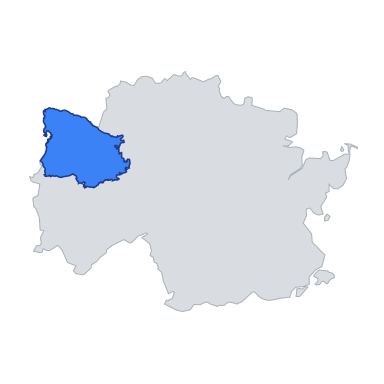 where Baden-Württemberg sits in Germany, rotated 93°
{"feature_id": "DEU-1573", "entity_name": "Baden-Württemberg", "entity_type": "State", "adm_level": 1, "iso_a3": "DEU", "parent_name": "Germany", "parent_adm1": "", "projection": "mercator", "projection_center": [9.433, 48.664], "detail": "fine", "context": "in_parent", "style": "filled", "palette": "blue", "viewbox_px": 384, "rotation_deg": 93, "n_neighbors": 0, "source": "natural_earth", "source_scale": "10m", "svg_char_len": 9521}
<svg xmlns="http://www.w3.org/2000/svg" viewBox="0 0 384 384"><g transform="rotate(93 192 192)"><path d="M168.1,345.4L159.2,339.7L151.3,340.3L150.0,338.5L147.3,338.6L143.2,335.6L139.6,337.4L138.8,339.1L139.0,340.0L142.7,340.2L143.1,341.0L139.5,342.8L133.4,342.2L126.3,343.9L120.3,343.6L116.8,342.2L115.9,339.6L116.1,335.7L117.6,330.6L118.0,326.8L117.3,324.4L118.2,320.7L120.5,315.9L124.0,301.9L131.9,291.9L131.7,288.4L118.0,284.9L115.8,283.9L113.8,281.3L103.0,282.9L102.1,280.2L99.2,279.1L96.2,281.2L95.1,281.0L90.9,274.6L89.8,271.6L87.8,269.6L84.9,269.2L85.8,263.3L88.5,258.9L88.6,255.3L82.6,252.3L79.5,248.1L78.7,243.2L80.4,237.6L85.4,234.2L84.8,228.6L80.5,225.7L80.3,224.7L82.0,222.6L75.7,216.3L77.1,209.9L76.0,208.0L73.1,206.6L72.1,204.7L74.3,204.2L79.3,199.8L79.4,199.1L78.0,198.4L77.8,196.6L81.1,187.1L80.9,185.5L78.2,180.8L78.2,179.2L74.5,173.9L74.5,172.2L80.2,168.9L85.2,171.3L87.0,169.9L89.4,170.1L95.3,167.7L96.9,164.7L94.6,162.3L94.8,160.5L101.4,155.1L102.5,152.5L102.9,147.6L102.1,146.0L101.2,144.9L95.5,144.0L94.0,141.2L94.5,137.4L95.4,136.7L102.4,136.7L105.1,125.8L106.7,122.3L107.2,108.5L103.4,104.4L104.8,96.5L107.4,92.2L109.5,91.0L118.5,90.3L128.4,90.6L132.6,97.1L131.0,100.4L133.5,102.0L134.6,101.4L136.1,95.3L136.9,94.3L141.1,98.4L141.2,103.6L142.3,96.5L141.5,91.5L142.0,86.6L144.4,82.4L151.7,84.2L159.8,83.3L162.8,85.1L169.7,94.6L174.9,96.6L170.9,94.6L162.5,83.1L153.8,80.1L151.9,76.8L151.9,65.2L148.6,62.9L145.1,63.7L144.6,61.0L145.2,59.1L153.1,55.9L153.3,52.7L146.1,41.2L145.8,36.2L151.8,36.5L159.2,38.8L161.1,40.5L170.5,38.4L177.7,41.8L181.1,46.6L181.3,50.8L177.1,55.7L184.3,55.0L186.1,58.6L190.0,57.2L199.7,62.7L207.1,59.9L208.4,64.3L207.0,68.8L201.8,73.5L202.9,76.4L204.6,77.1L209.5,76.4L217.2,79.3L227.6,70.4L235.8,69.3L248.0,55.9L259.8,58.5L262.9,64.2L270.8,70.6L278.0,70.0L280.6,76.0L281.7,83.4L285.9,87.2L292.0,88.9L293.1,96.5L296.1,108.5L296.0,112.2L294.9,116.3L292.9,119.7L288.9,123.8L288.6,126.2L298.7,136.2L301.5,141.3L299.8,148.5L301.4,152.0L303.1,153.2L303.7,155.0L303.7,159.2L305.0,160.4L302.9,167.9L301.0,171.0L301.6,173.6L304.2,178.2L304.2,184.0L309.8,187.7L311.9,195.4L310.5,202.0L305.3,213.5L301.3,211.9L301.6,209.5L300.8,209.3L299.6,206.2L293.6,204.3L292.0,205.8L294.9,210.1L282.6,215.8L273.7,218.2L270.5,222.4L268.9,221.6L265.3,223.4L263.8,226.2L259.5,227.0L257.6,230.5L252.9,229.4L247.3,231.0L244.8,232.8L240.2,239.7L236.4,234.4L235.5,234.4L235.3,236.1L237.5,239.9L238.4,243.1L244.9,248.9L246.3,251.3L243.1,257.6L249.5,268.9L254.2,274.2L256.9,274.2L262.8,281.1L266.6,283.5L269.6,288.3L273.4,289.0L279.2,294.7L280.4,296.7L279.6,303.8L276.8,306.3L271.8,304.0L268.9,312.7L256.4,318.9L252.8,322.7L252.8,323.9L257.9,331.2L257.9,334.4L256.4,337.7L260.0,338.6L260.5,340.3L259.5,347.2L254.1,344.7L253.1,340.9L250.9,339.8L245.6,341.0L238.4,337.9L237.8,341.7L225.5,343.1L217.0,346.9L214.5,349.3L207.8,350.5L206.2,350.3L203.4,345.6L192.1,344.4L190.2,351.5L188.7,353.6L185.3,354.9L185.8,351.6L182.3,350.5L182.1,348.3L179.8,346.2L174.0,343.4L171.4,345.4L168.1,345.4ZM277.7,59.7L278.3,62.8L277.6,64.3L274.7,61.7L271.7,61.8L269.9,65.7L268.6,65.9L264.1,62.3L263.3,60.5L263.7,52.5L265.1,50.7L265.4,48.2L267.9,45.5L270.2,45.4L271.9,49.2L276.3,51.8L276.6,52.9L274.3,56.1L274.8,57.8L277.7,59.7ZM290.8,79.1L290.9,82.6L283.3,82.2L282.7,79.6L283.2,77.0L280.7,74.2L280.8,71.2L290.8,79.1ZM137.3,38.7L135.7,42.4L135.9,36.0L138.8,29.1L140.0,29.2L138.4,32.4L138.1,36.3L144.7,36.7L143.9,37.9L137.3,38.7ZM214.1,58.1L210.1,58.2L207.0,56.0L209.0,52.9L212.9,54.4L214.1,58.1ZM143.6,44.8L142.6,45.9L138.7,44.8L141.6,42.7L143.2,43.2L143.6,44.8Z" fill="#d9dde1" stroke="#a8b0b8" stroke-width="1"/><path d="M168.9,345.1L161.5,340.5L160.5,340.3L159.5,340.3L159.2,339.7L157.7,339.7L154.8,339.4L154.3,339.6L153.9,340.1L153.0,340.4L151.9,340.5L151.3,340.3L150.5,339.7L150.1,339.3L150.1,339.1L150.6,339.0L149.9,338.3L149.1,337.8L148.4,337.8L148.1,338.5L148.4,338.8L147.0,338.8L146.9,338.3L146.5,337.7L147.0,336.8L146.9,336.4L146.1,336.3L145.4,335.2L145.1,335.0L144.8,335.3L144.7,336.1L144.4,336.4L144.1,336.2L144.0,334.9L143.5,334.7L142.8,334.7L142.4,334.9L142.6,335.5L142.2,335.7L140.5,336.0L140.3,336.1L139.9,336.9L139.7,337.7L138.7,338.3L138.5,338.6L138.4,338.9L138.6,339.5L138.4,339.9L139.0,340.1L140.2,340.9L140.7,340.9L141.8,340.3L143.1,340.0L144.1,340.3L144.0,341.2L143.8,341.1L143.7,340.8L143.4,341.0L143.5,341.6L143.4,342.5L143.2,342.8L142.9,342.9L142.3,342.0L141.9,341.6L141.1,341.7L140.3,342.2L140.0,343.1L139.1,343.2L137.5,343.2L136.2,342.8L135.8,341.9L134.8,341.6L134.3,341.6L132.9,341.9L132.4,342.3L132.0,342.5L131.2,343.0L130.7,343.6L129.3,344.0L125.9,344.0L125.7,343.1L123.9,342.8L123.5,342.7L122.6,343.9L122.1,344.2L119.9,344.6L119.3,344.6L118.0,343.8L118.7,343.9L119.0,343.6L119.3,342.6L118.7,342.7L117.4,343.1L117.5,342.5L117.5,342.2L117.0,341.6L116.4,340.4L116.1,339.9L115.7,339.7L115.4,338.3L116.1,337.4L116.1,336.7L115.8,335.4L115.9,334.8L116.2,333.6L116.7,333.2L116.8,332.7L116.6,331.6L117.2,330.6L117.2,329.7L117.3,329.2L118.0,328.5L118.3,328.0L118.2,326.8L117.1,324.8L117.0,323.2L117.4,321.8L117.9,320.9L117.9,320.3L118.1,319.9L119.7,317.5L120.0,317.0L120.4,314.7L121.3,314.1L121.7,313.5L121.7,312.9L121.4,311.9L121.3,311.4L121.4,310.9L121.7,309.4L122.2,308.4L122.2,307.7L122.4,307.3L123.3,306.5L123.3,306.2L123.0,305.4L123.0,304.0L123.2,302.7L124.3,301.0L125.1,300.6L125.5,300.2L127.1,298.5L127.3,298.2L127.3,297.4L127.4,297.0L128.7,296.9L128.8,296.7L128.9,296.1L129.2,295.7L129.5,295.7L130.6,295.0L130.9,294.5L132.1,291.2L132.9,289.7L133.4,289.0L134.2,288.8L135.1,287.8L135.6,287.0L137.6,283.0L137.7,282.6L138.2,278.8L138.3,278.1L139.0,277.6L140.8,275.5L140.9,275.0L140.2,274.8L140.3,274.4L141.2,272.3L141.0,270.9L141.4,270.1L141.1,269.6L139.8,269.3L139.8,269.0L140.3,268.7L140.3,268.4L140.0,267.7L139.4,266.0L138.9,265.1L139.1,264.1L140.0,263.8L140.6,263.9L141.2,264.4L143.0,266.2L144.1,265.8L144.3,265.5L144.4,265.2L143.9,263.1L143.9,262.9L145.9,262.4L146.0,262.8L146.3,263.2L146.3,263.6L146.2,263.9L146.3,264.4L146.7,265.3L147.0,265.6L148.2,266.4L149.3,266.4L149.6,266.6L149.7,267.1L149.9,267.2L151.5,267.1L151.6,267.3L151.6,267.6L151.2,268.3L150.5,267.9L149.9,268.7L150.0,269.9L149.9,270.2L149.5,270.4L149.4,271.1L149.6,271.3L150.4,271.5L150.7,271.3L151.5,270.3L151.8,269.5L152.0,269.5L152.1,269.8L152.8,269.5L153.0,269.1L152.9,268.9L152.5,268.1L153.2,267.2L154.7,267.2L155.3,267.3L155.6,267.2L156.2,266.6L156.4,266.6L157.1,266.6L157.4,267.0L157.7,267.0L157.7,266.7L157.4,266.2L156.9,265.3L156.3,264.6L156.3,264.4L156.5,264.4L157.0,264.7L157.3,264.3L157.6,264.5L159.1,264.1L161.0,264.2L161.3,264.1L161.6,263.3L162.0,262.9L161.9,262.2L162.1,262.0L162.6,261.7L163.5,261.6L164.2,261.3L164.7,261.7L165.0,261.7L165.5,261.2L165.3,260.7L165.6,258.9L164.8,258.5L164.6,258.6L164.4,259.3L164.0,259.3L164.0,259.1L164.1,258.6L164.0,258.4L162.9,258.2L162.6,258.0L162.6,257.7L162.8,257.2L162.6,256.6L163.0,256.1L163.6,255.8L164.9,255.9L165.8,255.5L166.8,255.4L167.2,255.4L168.6,256.1L169.0,256.1L169.4,255.9L170.1,256.4L171.4,255.9L171.5,256.2L171.3,256.6L171.4,257.2L171.3,257.6L171.3,258.1L171.1,258.3L171.1,258.6L170.9,259.2L170.9,259.4L171.5,259.7L172.0,259.7L172.2,259.0L172.6,258.8L172.8,258.4L173.0,259.1L173.3,259.7L173.4,259.8L174.4,258.8L175.1,258.4L175.2,258.5L176.2,259.7L176.3,261.3L177.3,262.5L177.5,262.8L177.4,263.2L176.9,263.9L176.9,264.6L176.4,265.1L176.4,265.4L176.6,265.6L177.0,265.5L177.2,264.9L177.6,264.7L178.1,264.1L178.3,264.1L178.4,264.4L178.3,264.8L178.7,265.3L178.8,266.2L178.8,266.9L178.9,268.1L179.2,268.2L181.1,268.1L181.3,268.0L182.3,267.0L182.3,266.5L182.1,266.2L182.8,265.5L183.2,265.9L183.1,266.4L183.1,266.5L183.9,266.9L183.9,267.1L183.7,267.7L184.0,268.4L183.8,269.1L183.5,269.7L184.2,270.0L185.0,272.1L184.2,272.0L183.7,272.6L183.7,273.7L183.7,274.0L184.0,274.3L184.5,274.5L184.4,275.4L184.7,276.4L184.7,276.6L184.0,276.5L183.9,276.7L184.0,277.0L184.3,277.4L184.4,278.2L184.8,278.9L184.4,279.2L185.3,280.0L186.3,281.2L186.9,281.0L187.5,281.5L187.5,281.9L187.5,282.3L187.2,283.0L186.7,283.1L186.6,283.3L187.0,283.6L187.4,283.7L187.3,284.2L187.8,284.7L187.7,285.4L188.4,285.7L188.9,285.7L189.4,286.0L189.8,286.1L190.0,286.3L190.2,287.0L191.4,288.1L191.6,288.5L192.1,289.0L192.2,289.4L192.6,289.8L192.8,290.5L192.8,290.8L192.2,291.1L192.5,291.4L192.4,292.9L192.3,293.4L192.6,294.1L192.4,294.8L192.1,295.4L192.1,296.3L191.9,296.7L191.9,297.1L191.9,297.4L192.1,297.7L192.9,298.0L193.0,298.5L193.5,299.3L192.0,300.6L191.9,300.5L191.9,300.2L192.0,299.8L192.0,299.5L192.2,299.3L192.1,299.2L191.8,299.1L190.3,300.7L189.8,299.8L188.9,299.7L188.4,299.2L187.7,300.0L187.6,300.5L188.1,301.4L189.3,302.4L189.3,302.6L188.7,303.1L188.8,303.4L189.0,304.1L189.0,304.8L188.7,305.7L188.7,305.8L188.9,305.9L187.6,306.1L187.2,306.5L187.1,307.0L184.6,308.6L184.3,308.4L184.2,307.9L184.0,307.7L183.7,307.7L183.1,308.2L182.2,308.4L181.9,308.7L181.6,309.2L181.7,309.7L181.5,309.9L180.1,311.9L180.3,312.4L180.6,312.4L181.1,313.5L182.0,314.9L182.4,316.3L183.4,321.1L184.1,322.7L184.2,323.2L184.2,324.7L184.0,325.5L183.2,327.7L182.9,327.9L182.8,328.2L183.1,328.9L183.4,329.3L183.4,329.5L183.3,330.9L183.2,331.1L183.1,331.8L182.8,332.1L182.9,332.3L183.3,332.4L184.0,334.1L183.7,334.2L183.4,334.6L182.8,334.7L182.6,335.1L183.2,335.9L183.5,335.9L183.6,336.1L183.8,338.2L184.0,338.9L183.9,339.5L183.7,339.6L182.9,339.4L182.8,340.2L182.5,340.5L182.1,339.5L181.9,339.4L181.4,339.4L180.8,339.5L179.3,340.2L178.7,340.2L178.1,340.0L177.0,339.6L176.2,339.9L174.3,341.7L173.1,342.3L172.2,342.0L171.8,342.2L171.5,342.6L170.5,342.9L168.9,345.1Z" fill="#3b82f6" stroke="#1e3a8a" stroke-width="1.5"/></g></svg>